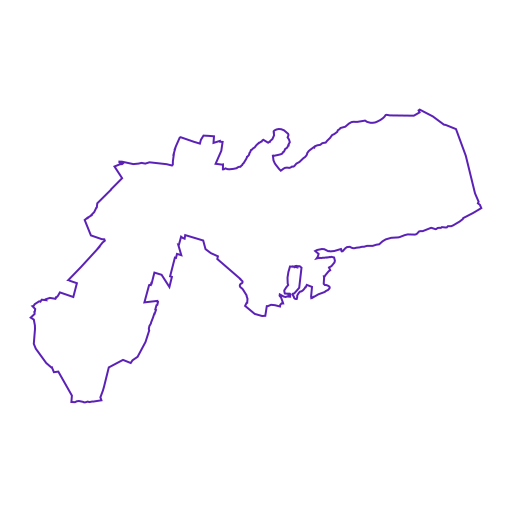 Chalco, México, Mexico (Robinson projection)
{"feature_id": "50627088B19428409009484", "entity_name": "Chalco", "entity_type": "district", "adm_level": 2, "iso_a3": "MEX", "parent_name": "Mexico", "parent_adm1": "México", "projection": "robinson", "projection_center": [-98.836, 19.238], "detail": "fine", "context": "isolated", "style": "outline", "palette": "violet", "viewbox_px": 512, "rotation_deg": 0, "n_neighbors": 0, "source": "geoboundaries", "source_scale": "gbopen_adm2", "svg_char_len": 6062}
<svg xmlns="http://www.w3.org/2000/svg" viewBox="0 0 512 512"><path d="M246.6,302.9L245.1,305.9L254.7,313.9L262.1,316.0L265.3,315.8L266.8,306.1L267.9,306.1L271.1,304.8L275.0,305.2L280.0,306.5L280.3,304.7L281.4,303.6L282.7,303.5L282.4,303.1L283.0,302.9L281.0,297.3L279.8,296.1L279.6,295.6L279.8,294.4L283.8,296.6L285.7,297.0L286.9,296.5L290.1,296.7L290.0,294.9L289.1,295.4L288.4,294.9L288.4,293.9L290.0,294.1L289.8,293.7L285.1,293.6L284.8,293.5L284.3,291.2L284.3,290.4L284.6,289.9L286.2,287.4L288.2,285.0L287.7,283.5L287.5,277.7L288.4,272.0L290.0,266.5L291.6,266.6L292.2,266.4L292.4,266.7L293.6,266.5L293.9,266.8L294.5,266.4L294.9,266.5L294.9,266.8L295.2,266.6L295.6,267.0L296.0,267.1L295.6,266.6L295.7,266.0L296.8,265.9L298.0,266.5L298.1,266.2L299.2,266.2L299.8,266.3L301.5,267.7L299.2,287.8L294.3,293.4L292.9,293.7L292.5,294.1L293.2,295.9L293.8,296.4L294.0,297.7L294.8,298.6L295.4,298.9L296.7,299.0L297.2,297.2L297.2,295.6L298.1,294.0L299.3,292.3L300.3,291.5L301.0,291.5L302.5,290.7L303.8,289.4L304.8,288.1L305.1,287.4L305.7,287.3L306.8,284.9L312.0,286.9L311.1,296.5L311.3,298.0L312.7,297.2L312.7,297.6L318.4,294.3L324.7,292.0L325.7,291.1L328.0,290.0L329.5,288.4L329.7,287.2L328.6,286.0L326.5,285.1L324.8,285.0L323.7,283.8L324.1,277.9L323.9,276.4L324.6,276.5L325.4,275.2L328.6,271.3L330.2,270.2L329.0,267.5L331.5,266.1L334.5,262.4L334.9,260.7L334.1,257.5L331.2,256.8L330.2,257.2L329.3,257.0L328.9,257.3L326.9,257.4L326.8,257.6L325.6,257.5L324.1,257.8L322.9,257.7L321.2,258.1L319.8,257.8L319.4,258.1L318.4,258.0L316.5,258.5L317.8,256.7L318.6,253.9L315.2,251.0L317.1,250.0L321.9,249.0L324.3,249.2L328.2,251.2L329.5,251.1L329.9,251.3L331.2,251.3L334.3,251.0L341.0,249.0L341.3,249.7L341.3,250.8L341.8,251.4L342.7,251.2L345.4,248.2L347.0,247.1L349.8,246.8L351.5,247.7L353.0,248.2L354.5,248.2L356.5,247.7L359.5,247.4L361.8,246.8L364.2,246.7L366.9,245.9L372.6,245.9L376.4,244.7L379.2,244.3L382.4,241.4L385.7,239.4L391.2,237.8L398.2,237.4L399.6,237.1L404.8,235.1L407.7,234.4L414.8,234.6L415.8,234.4L417.0,233.7L419.0,231.5L420.5,231.1L422.8,231.1L430.9,227.9L431.6,227.9L435.6,229.2L436.3,229.0L437.6,228.0L439.1,227.8L440.8,227.9L441.9,227.1L445.6,227.5L446.8,227.4L447.9,226.2L451.2,226.2L453.1,225.4L459.7,221.5L462.8,219.1L463.2,218.1L472.9,213.1L481.3,208.1L479.9,204.8L477.9,203.3L478.6,201.7L475.0,193.3L465.8,155.8L456.0,129.1L445.6,124.9L444.0,124.7L432.8,116.4L419.7,109.6L418.6,110.4L419.6,112.4L413.8,115.7L389.8,115.4L386.6,114.8L385.6,115.1L384.4,116.8L382.8,118.3L380.2,120.1L376.8,121.8L375.0,122.5L372.7,122.8L370.5,122.8L367.1,121.9L365.1,120.6L357.2,121.9L353.4,121.8L351.5,122.1L348.9,123.6L345.3,126.7L340.5,128.0L339.5,129.2L337.8,130.3L337.3,131.8L334.4,134.0L332.1,135.1L330.0,138.0L327.2,140.7L325.7,142.6L323.0,143.0L322.1,143.3L320.3,144.8L317.4,145.3L315.0,146.2L314.4,147.5L313.9,147.1L310.1,149.9L308.7,151.1L307.9,152.2L307.2,153.2L306.9,154.6L306.3,155.6L304.9,157.2L303.6,158.0L299.4,162.0L296.4,163.6L294.3,166.1L293.4,166.6L292.0,166.6L291.9,166.8L290.0,167.7L289.3,167.9L287.0,167.6L284.9,167.9L283.5,168.7L280.8,170.7L279.1,169.0L275.5,164.4L274.7,163.1L273.5,160.4L272.9,155.7L273.4,155.6L273.6,155.9L280.0,154.5L281.9,153.8L282.6,153.1L282.8,152.3L283.9,151.7L284.7,150.2L285.0,149.2L287.2,147.6L288.2,145.5L288.6,145.5L288.7,144.8L288.5,144.5L289.8,142.2L289.0,139.5L287.6,137.4L288.4,135.4L288.4,134.6L288.1,133.8L284.0,130.3L281.2,129.2L278.7,129.0L276.4,129.5L274.6,130.4L273.8,131.1L273.6,131.9L274.0,132.9L273.8,133.2L274.1,135.2L272.4,139.1L270.3,140.9L269.8,141.9L269.4,141.8L268.1,142.7L263.3,139.8L262.4,140.4L261.6,141.6L260.8,141.8L259.4,142.8L258.8,142.8L258.4,143.5L257.8,143.8L256.1,145.5L254.7,147.4L253.2,148.3L251.7,149.8L250.9,150.1L250.3,151.9L249.3,153.3L249.4,153.8L248.8,155.2L247.8,156.3L247.0,156.8L247.0,157.2L246.3,158.8L243.6,163.2L242.8,163.8L242.1,165.2L241.4,165.6L240.4,166.8L239.1,166.8L237.4,167.5L236.7,168.2L233.2,168.9L229.3,169.3L227.3,169.1L225.5,168.4L223.7,169.3L222.9,169.3L223.0,164.4L221.9,164.6L215.6,163.8L221.3,150.8L222.6,141.9L220.0,141.7L219.9,140.9L213.5,142.9L214.0,136.3L209.0,135.9L203.5,135.6L200.9,139.8L199.9,143.6L193.9,141.8L180.6,137.2L179.7,137.7L176.1,145.8L174.9,148.9L175.1,148.9L173.5,154.7L173.8,154.7L172.9,161.1L172.8,164.6L172.0,165.5L166.7,164.2L149.5,162.3L145.3,163.6L141.5,162.9L138.5,163.6L133.3,164.1L122.1,161.7L119.4,161.6L119.4,162.3L122.6,163.7L122.1,164.1L119.9,164.3L114.5,166.5L122.1,178.2L111.1,189.3L111.1,189.6L97.3,203.3L96.8,207.3L96.1,207.3L96.3,207.3L96.1,208.2L94.2,212.1L90.9,215.5L91.1,215.6L88.2,217.4L88.3,217.5L87.7,218.1L87.4,217.8L84.7,220.0L90.9,235.4L101.9,239.2L104.3,239.3L104.8,240.7L102.6,242.5L98.4,247.7L98.7,247.7L81.0,267.0L68.3,280.1L69.1,280.2L69.9,280.8L76.9,283.2L73.3,297.0L59.9,292.4L57.9,295.9L56.5,297.3L57.1,297.7L55.9,297.4L55.4,298.8L49.9,297.9L45.9,299.2L46.3,300.2L41.7,299.7L40.4,301.7L39.2,301.3L34.7,304.2L33.6,305.9L32.5,306.2L35.2,309.0L34.8,311.5L34.3,312.0L34.6,312.5L34.6,314.0L30.7,317.6L33.8,319.6L34.9,325.4L35.0,329.0L33.8,343.8L35.8,348.7L46.2,363.0L51.4,367.5L51.9,367.3L53.9,372.2L58.3,371.6L71.9,395.6L71.4,402.0L75.0,402.2L76.7,401.3L78.9,401.0L83.2,401.9L84.1,402.4L85.5,402.3L87.7,401.6L89.4,402.1L92.3,401.5L93.1,401.6L101.4,400.3L100.4,397.3L102.9,390.6L104.0,386.8L108.8,367.4L123.0,359.9L130.7,363.0L132.5,360.3L137.6,356.8L145.5,342.0L149.2,330.5L148.8,328.9L149.4,326.0L150.9,323.5L151.0,322.7L153.0,317.6L154.3,313.7L154.6,313.8L156.0,309.9L155.3,309.5L156.5,305.2L157.3,304.9L158.0,301.9L157.3,301.6L157.3,300.9L144.4,302.4L149.1,285.1L149.6,284.9L150.8,285.1L151.3,283.1L151.7,283.3L154.4,272.6L161.6,274.8L169.4,287.0L171.9,276.9L170.1,276.3L174.9,257.6L176.0,257.9L177.0,253.9L181.3,255.2L178.2,244.6L178.9,244.8L181.1,236.7L182.5,237.8L184.6,238.7L185.2,235.1L203.2,240.5L205.5,249.1L210.8,253.1L217.9,256.3L217.3,259.0L240.3,278.9L240.2,279.1L242.4,281.2L242.6,281.9L242.4,282.7L241.7,283.4L240.8,283.7L240.0,284.7L239.8,285.9L240.3,287.1L242.4,288.8L243.2,289.9L246.6,295.4L246.6,296.1L247.5,298.8L247.2,302.8L246.6,302.9Z" fill="none" stroke="#5b21b6" stroke-width="2"/></svg>